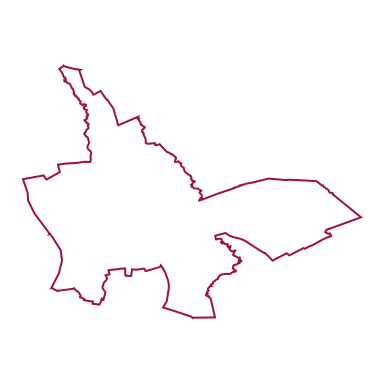 Tynaarlo, Drenthe, Netherlands
{"feature_id": "6326949B53831042389857", "entity_name": "Tynaarlo", "entity_type": "district", "adm_level": 2, "iso_a3": "NLD", "parent_name": "Netherlands", "parent_adm1": "Drenthe", "projection": "natural_earth1", "projection_center": [6.601, 53.112], "detail": "fine", "context": "isolated", "style": "outline", "palette": "rose", "viewbox_px": 384, "rotation_deg": 0, "n_neighbors": 0, "source": "geoboundaries", "source_scale": "gbopen_adm2", "svg_char_len": 5903}
<svg xmlns="http://www.w3.org/2000/svg" viewBox="0 0 384 384"><path d="M62.5,66.8L59.3,68.8L62.2,73.0L63.6,76.2L63.8,77.1L65.2,77.6L65.7,79.0L65.7,79.5L64.3,79.8L64.3,81.3L64.6,81.5L66.1,81.4L66.5,81.7L66.7,82.6L68.3,83.1L69.9,84.0L71.5,86.8L71.6,87.8L72.2,88.5L72.7,88.6L73.2,89.5L73.4,90.8L74.0,91.9L73.7,93.0L74.0,93.3L73.8,93.8L74.7,94.6L74.6,95.2L75.4,95.6L75.3,96.0L75.6,96.3L76.5,96.2L77.0,96.9L77.7,98.5L78.7,98.5L78.7,99.4L79.0,100.2L80.3,101.1L80.6,101.6L80.2,102.8L80.3,103.7L81.2,104.0L82.2,105.0L83.8,104.1L84.5,104.4L85.4,104.4L85.9,104.8L85.7,105.2L85.9,105.8L83.8,106.9L84.2,107.5L83.8,108.3L84.3,109.2L86.9,110.0L86.3,110.9L86.3,112.7L87.5,113.7L88.2,114.5L88.2,115.3L88.0,115.5L87.2,115.3L86.7,115.9L86.8,116.6L86.6,117.1L86.8,117.7L87.2,117.9L87.1,118.4L85.6,119.7L84.7,119.8L84.5,120.5L85.5,121.7L86.3,122.0L86.6,122.5L86.5,122.8L86.6,123.0L88.7,124.1L87.9,125.4L87.8,126.1L88.6,127.7L88.4,128.3L86.4,130.0L85.6,132.1L84.4,133.1L84.2,133.7L84.5,134.3L85.3,135.0L85.9,136.3L87.4,137.2L87.9,137.8L89.2,143.0L87.7,145.8L87.4,146.7L87.5,147.8L88.1,149.0L90.7,151.5L91.2,152.3L91.2,153.2L90.5,156.5L90.8,160.4L90.1,162.0L84.0,161.8L78.1,162.8L65.5,163.6L58.0,164.7L59.8,172.1L46.5,179.5L44.8,177.5L43.7,175.4L23.0,179.2L27.6,192.6L28.1,200.4L34.2,212.9L35.1,214.4L48.0,231.5L49.3,233.8L49.2,234.0L49.9,233.7L52.5,237.3L60.7,250.2L62.0,260.3L61.9,260.1L62.0,260.7L58.9,273.3L51.3,288.1L51.7,288.0L57.7,291.1L58.3,290.7L72.7,288.9L74.1,288.2L74.9,289.5L78.5,292.3L79.3,293.3L80.7,295.7L79.9,297.2L82.2,297.9L84.2,299.0L83.9,300.1L88.7,301.0L93.0,301.5L92.6,303.7L99.4,304.6L100.7,302.1L101.7,298.7L101.9,298.8L101.7,299.8L103.4,300.1L103.9,297.4L104.2,297.1L105.4,292.7L105.4,292.3L102.6,288.2L102.5,287.0L104.0,282.5L105.9,280.6L107.0,278.8L107.0,278.3L105.6,275.2L109.5,274.4L108.5,270.2L125.0,268.3L125.2,268.8L125.3,272.1L125.1,272.5L125.2,273.6L125.3,275.0L125.5,275.4L126.4,276.0L126.6,275.6L130.9,276.1L131.1,276.0L131.3,275.5L132.0,269.3L134.1,269.6L137.1,269.6L144.1,268.6L144.5,268.8L145.5,271.0L146.0,271.1L159.8,267.0L160.8,265.3L163.1,268.9L163.3,268.8L165.5,273.3L168.2,280.9L168.8,284.9L168.7,288.7L166.9,300.5L166.3,301.9L163.0,307.5L173.6,310.8L191.4,316.7L192.8,318.2L193.3,318.1L193.4,317.8L194.1,317.5L194.9,317.7L215.0,317.4L210.6,298.3L209.0,297.2L208.8,296.8L209.1,296.7L209.1,296.3L207.0,296.0L206.3,295.5L205.8,294.9L206.0,294.4L206.7,294.2L206.6,293.8L206.8,293.5L207.4,293.8L207.8,293.6L207.1,293.0L206.8,292.2L208.3,290.9L207.9,290.7L208.2,289.7L207.9,289.2L207.9,288.7L209.1,287.2L210.0,286.4L211.4,286.2L211.1,285.8L210.5,285.6L210.5,285.2L211.5,284.4L212.7,284.0L213.0,282.2L213.5,281.6L214.8,281.1L216.1,279.7L218.0,278.8L218.0,278.2L218.3,277.4L219.4,276.0L220.9,274.7L225.5,273.9L229.8,274.0L231.5,273.0L233.2,271.7L234.6,271.9L235.5,271.5L236.0,270.7L234.8,269.9L234.1,269.7L232.8,268.2L232.9,267.7L233.4,266.7L233.2,265.9L234.5,264.8L235.7,264.8L236.9,264.4L237.5,263.4L237.9,263.2L238.8,263.4L239.4,263.3L239.5,263.1L238.8,262.4L238.8,262.1L240.3,261.8L241.1,261.4L241.4,261.1L241.1,260.5L240.2,260.5L239.8,260.6L239.6,261.3L239.2,261.3L239.0,261.0L238.8,259.9L239.8,259.2L240.0,258.4L239.7,257.5L238.0,257.7L235.8,256.4L234.2,255.8L233.1,254.9L233.0,254.6L233.7,253.6L233.9,252.3L235.2,251.0L235.4,250.6L235.2,250.4L234.7,250.4L233.6,251.2L232.2,251.5L230.4,250.4L229.4,248.8L230.3,247.4L230.5,246.1L230.2,246.1L229.3,247.1L228.1,247.1L227.3,245.9L227.9,244.9L227.7,244.2L225.3,244.1L224.0,243.1L222.9,241.7L222.6,241.9L222.7,243.4L222.3,243.6L221.7,243.4L221.0,242.3L221.1,242.0L221.7,241.9L222.1,241.6L221.7,240.8L221.7,239.6L221.3,238.8L218.1,238.8L216.2,239.5L215.8,239.0L215.9,238.2L215.4,236.9L215.3,235.7L225.5,233.0L229.5,235.6L232.3,236.8L240.2,238.8L243.2,239.9L245.7,241.2L259.8,250.4L264.4,253.1L265.1,252.9L266.0,254.2L267.7,255.6L272.6,260.6L286.7,253.3L289.3,255.4L303.5,248.1L304.7,248.8L310.6,245.8L310.8,245.9L312.1,245.4L323.5,239.1L326.0,237.9L328.7,237.1L329.5,236.2L330.4,236.5L330.8,236.4L331.0,236.0L331.0,235.4L329.9,233.4L328.4,233.7L325.5,232.5L325.2,232.0L326.3,230.2L328.6,228.7L329.3,228.8L361.0,217.3L332.8,194.4L332.9,193.9L332.5,193.9L332.2,192.9L329.6,192.6L328.2,189.9L323.6,186.6L323.0,185.3L322.0,185.6L316.4,181.1L297.7,180.1L288.2,179.7L286.8,180.0L284.9,180.0L268.4,178.6L252.2,182.6L245.6,183.8L243.5,184.7L243.4,184.5L240.1,185.4L240.5,185.8L233.9,187.8L234.1,188.2L218.8,193.3L203.0,199.3L202.6,199.1L202.2,199.6L199.3,200.5L199.5,199.8L200.3,199.8L200.6,199.3L200.3,198.1L201.9,197.4L201.6,194.6L199.8,193.3L199.6,192.8L200.4,191.2L201.1,191.1L201.3,190.8L200.6,190.1L198.6,189.4L198.0,188.6L195.3,188.5L193.6,188.1L192.8,187.0L191.6,186.7L192.0,185.4L191.2,185.1L191.1,184.6L192.5,183.8L193.4,182.5L194.6,181.8L194.8,181.5L193.1,180.6L192.6,181.1L192.3,181.1L191.6,179.4L190.9,178.6L191.5,177.7L191.1,176.4L189.8,175.5L189.3,174.8L188.1,174.5L187.2,173.5L185.9,172.8L184.6,171.3L184.3,169.9L183.9,169.2L183.9,168.0L181.7,166.4L180.8,165.1L180.8,164.6L181.3,163.4L180.5,162.9L179.1,162.6L178.9,162.3L178.9,161.7L178.4,161.3L175.7,162.0L175.1,161.8L175.0,161.4L175.2,160.2L175.3,159.7L175.8,159.2L175.7,158.9L176.0,157.6L171.9,154.1L171.2,154.1L168.1,152.2L167.0,152.1L159.6,144.2L156.5,145.2L155.5,145.1L154.9,144.7L155.2,143.4L154.7,143.1L148.8,143.8L147.6,143.7L145.9,143.1L145.6,142.6L145.8,140.9L145.6,139.7L145.0,137.5L143.9,135.5L143.8,134.8L143.3,133.6L143.6,133.2L142.2,131.3L141.9,131.3L141.9,130.3L144.3,128.1L144.9,127.6L144.9,127.3L144.7,127.0L143.1,126.3L142.3,125.3L140.9,124.9L140.5,122.6L139.1,120.8L138.7,120.0L139.1,118.8L137.6,118.6L137.7,118.2L138.3,117.5L138.5,116.6L118.2,125.3L117.6,123.7L117.2,121.5L115.3,115.4L113.4,108.5L109.8,103.4L107.3,99.5L106.6,99.7L100.5,91.0L96.9,92.9L94.7,94.3L93.2,94.6L92.5,93.0L90.8,90.8L88.8,89.1L86.1,87.7L84.7,86.6L79.2,70.4L80.3,69.8L76.7,69.2L76.3,69.4L68.5,67.5L63.6,66.0L63.5,65.8L62.5,66.8Z" fill="none" stroke="#9f1239" stroke-width="2"/></svg>